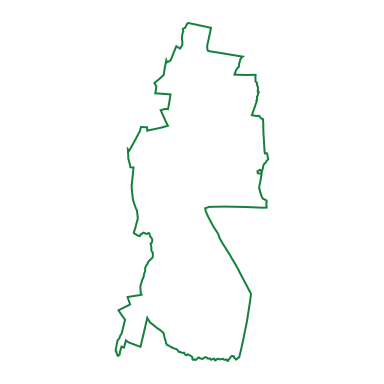 Moiben, Rift Valley, Kenya
{"feature_id": "3690345B75198444085036", "entity_name": "Moiben", "entity_type": "district", "adm_level": 2, "iso_a3": "KEN", "parent_name": "Kenya", "parent_adm1": "Rift Valley", "projection": "natural_earth1", "projection_center": [35.398, 0.724], "detail": "fine", "context": "isolated", "style": "outline", "palette": "green", "viewbox_px": 384, "rotation_deg": 0, "n_neighbors": 0, "source": "geoboundaries", "source_scale": "gbopen_adm2", "svg_char_len": 6012}
<svg xmlns="http://www.w3.org/2000/svg" viewBox="0 0 384 384"><path d="M239.2,357.3L240.8,350.7L243.1,340.4L247.0,321.0L250.0,301.6L250.1,301.0L251.0,293.8L248.9,289.9L246.5,285.2L240.9,274.7L237.3,267.6L235.2,264.0L232.3,259.2L229.7,254.6L222.3,242.9L219.8,238.6L218.9,235.8L217.7,233.1L213.1,226.1L207.9,216.2L206.4,212.7L206.1,212.1L205.9,211.4L205.6,210.6L205.2,208.3L209.1,206.9L212.8,206.8L223.9,206.6L231.8,206.7L245.3,207.0L262.5,207.7L264.7,207.7L265.4,207.6L266.6,207.6L266.6,206.5L266.3,204.8L266.4,202.9L266.7,201.7L266.7,201.2L266.5,200.6L266.1,200.2L263.0,198.7L262.5,198.2L262.2,197.6L261.4,195.8L260.5,192.8L260.2,192.1L260.0,190.4L259.7,189.9L259.2,188.8L259.1,187.9L259.7,184.3L260.1,182.9L260.4,180.8L261.4,175.3L261.6,173.8L257.8,173.2L257.5,172.0L257.4,171.4L258.6,170.6L259.9,169.8L260.6,170.5L261.8,171.9L263.0,167.6L263.2,166.5L263.3,165.9L263.6,165.0L264.0,164.2L264.6,163.5L265.8,162.5L266.3,161.3L266.9,160.6L267.6,159.9L268.3,159.0L267.8,157.4L267.3,154.5L267.1,153.9L266.7,153.1L264.9,153.5L264.6,151.9L264.0,141.8L263.4,132.3L263.3,128.7L263.3,124.0L263.1,121.2L262.9,119.0L262.0,118.7L261.2,118.5L260.6,117.8L259.5,116.3L259.0,115.8L256.0,116.0L255.1,115.7L251.9,115.2L252.6,113.1L253.0,111.8L253.7,110.2L254.5,107.7L255.1,106.1L255.5,104.6L256.3,102.7L256.5,102.1L256.7,101.4L256.3,100.9L256.7,100.2L257.0,99.6L257.0,98.9L257.0,98.2L257.1,97.6L256.9,96.7L257.4,96.2L257.6,95.4L258.0,94.7L258.2,94.0L258.1,93.4L258.2,92.7L258.8,92.3L258.4,91.7L257.7,91.5L257.6,90.9L257.9,90.1L258.0,89.4L258.0,88.7L258.0,88.0L257.8,87.3L257.8,86.4L256.9,85.1L256.8,84.4L257.1,83.7L257.0,82.8L256.5,82.3L255.6,81.6L255.4,81.0L255.5,80.4L255.4,77.6L255.4,76.3L255.6,75.7L255.7,75.0L255.2,74.8L246.5,75.0L239.1,74.8L234.5,74.7L234.6,73.9L235.4,72.3L235.5,71.4L236.0,70.3L237.4,68.1L237.9,67.6L238.6,67.2L238.9,66.3L239.2,65.4L239.0,64.5L239.0,63.9L239.2,63.2L239.8,61.9L240.0,60.7L240.3,59.5L240.7,58.7L241.3,58.0L242.1,57.1L242.7,56.6L238.0,55.9L230.9,54.7L226.0,53.9L222.5,53.3L208.1,51.0L207.4,49.5L207.1,46.0L208.1,41.6L208.5,39.8L209.8,33.7L211.0,27.9L205.3,26.6L199.1,25.3L194.6,24.3L192.0,23.8L189.4,23.2L188.0,23.0L187.5,23.5L186.9,24.3L186.2,25.4L186.0,26.1L185.5,26.9L185.1,27.9L184.4,28.1L183.9,28.3L182.8,29.0L183.1,30.6L183.3,31.7L182.5,33.5L182.3,34.1L182.3,34.9L182.3,35.5L182.0,36.2L181.9,36.9L182.1,37.6L181.9,38.4L182.1,39.1L182.1,40.1L182.2,41.0L182.4,42.0L182.4,42.6L182.3,43.6L182.4,44.4L182.2,45.0L181.3,46.7L180.0,48.6L176.3,46.2L170.5,60.6L167.1,62.3L166.7,61.2L166.3,60.2L164.7,68.1L163.7,75.0L158.0,80.1L154.4,83.0L156.4,86.5L156.0,89.5L155.3,93.3L170.5,94.4L169.3,102.3L168.0,109.1L164.7,109.0L160.7,110.2L164.7,119.1L167.4,124.8L167.9,125.8L161.0,127.7L150.2,130.0L147.2,130.6L147.1,127.3L141.0,127.0L139.9,131.1L136.3,137.9L130.7,148.1L129.7,149.8L129.1,150.7L127.9,149.3L128.3,156.6L128.2,157.5L128.3,158.4L129.8,164.2L130.4,167.3L133.5,167.5L131.6,186.4L131.7,187.8L131.9,190.3L132.3,193.7L132.5,195.0L132.6,196.9L133.0,200.0L133.4,201.0L133.7,202.0L134.2,203.5L134.8,205.2L135.8,208.2L136.1,208.9L136.6,209.6L136.9,210.6L137.5,214.9L137.7,216.9L137.8,218.0L137.6,219.1L137.2,220.9L136.7,222.4L135.7,226.6L135.3,228.1L134.7,229.9L133.9,232.1L133.8,233.0L134.3,233.5L135.7,234.2L137.9,235.6L138.5,235.9L139.1,235.9L139.7,236.1L140.2,235.7L140.7,234.3L141.3,234.1L142.1,233.7L142.6,233.1L143.4,232.6L144.0,232.7L145.8,233.8L147.3,233.8L147.7,233.4L148.4,233.1L148.9,233.1L149.4,233.5L150.0,236.0L150.3,236.5L151.2,237.6L151.7,238.3L152.0,239.0L152.2,239.6L152.3,240.2L152.2,240.8L152.0,241.8L151.8,242.7L150.6,243.7L150.6,244.3L150.9,244.9L151.4,247.7L151.3,249.2L151.3,250.2L151.6,251.1L152.1,251.8L152.6,252.4L152.9,253.2L152.8,254.9L152.8,256.7L152.6,257.4L152.2,257.9L150.3,259.7L149.2,260.9L148.7,261.3L148.2,262.0L147.8,262.9L147.6,263.6L147.3,264.1L146.0,265.8L145.8,266.4L145.2,268.1L145.1,269.0L145.2,270.0L145.2,270.7L145.0,271.6L144.3,273.2L143.8,275.6L143.1,278.3L142.6,279.0L142.3,279.6L142.0,280.4L141.7,282.1L141.5,282.7L140.9,284.3L140.7,284.9L140.5,285.9L140.4,286.7L140.4,287.7L140.5,289.8L140.6,291.8L140.9,293.4L141.2,294.3L141.5,294.7L139.9,295.1L137.2,295.5L127.6,297.0L128.1,298.7L129.5,302.5L130.1,304.5L119.1,309.9L118.5,310.3L121.3,314.5L125.1,319.8L124.2,323.1L122.9,328.5L121.8,333.2L121.0,334.4L120.2,335.7L119.4,338.0L118.8,339.0L118.1,339.7L117.5,340.6L117.3,341.6L116.7,344.4L116.4,346.6L116.1,347.4L115.7,350.5L115.9,351.4L116.5,351.8L116.5,352.8L116.8,353.6L117.2,354.1L117.3,354.8L117.6,355.7L118.2,355.9L118.8,355.3L119.1,354.9L119.7,354.4L119.9,352.0L120.8,349.1L121.5,346.6L124.0,347.6L125.9,340.4L128.4,342.3L132.9,344.0L140.4,346.8L141.3,343.4L147.3,317.9L148.1,319.3L149.9,322.3L153.9,325.4L156.6,327.7L160.2,330.1L162.6,332.1L163.7,333.3L164.0,335.3L164.9,338.9L165.6,340.9L166.0,343.2L167.1,345.0L168.4,345.4L169.1,345.7L169.6,346.2L170.0,346.6L171.5,347.0L171.8,347.6L172.7,347.7L173.5,348.1L174.1,348.6L174.7,348.7L176.0,348.9L176.7,349.3L177.3,350.0L178.0,350.7L178.4,351.2L179.0,352.0L180.3,351.9L180.7,352.2L181.3,352.6L182.4,352.9L182.9,352.8L183.4,352.8L184.1,352.7L184.5,353.6L185.3,354.7L186.1,355.1L186.7,355.3L187.1,354.7L187.8,354.3L188.6,354.7L189.9,355.4L190.3,355.6L191.0,356.0L191.5,356.3L192.4,357.2L192.3,358.4L192.4,359.2L193.0,359.8L193.7,359.7L194.5,359.3L195.3,360.0L195.8,359.9L196.9,358.8L198.7,357.4L199.3,357.7L199.7,358.2L202.3,359.0L202.8,358.7L203.4,358.2L205.2,357.2L206.0,357.1L206.7,357.6L207.3,358.3L207.8,358.6L208.7,358.6L209.5,358.5L210.1,358.5L210.4,359.3L211.3,359.8L212.1,359.3L212.9,358.9L213.7,358.6L214.3,358.8L214.6,359.8L215.2,360.5L215.8,360.3L216.3,359.5L217.2,358.9L217.9,358.7L219.2,359.3L220.8,359.2L221.6,359.1L223.1,358.8L223.6,359.3L224.3,359.8L225.0,359.8L225.7,359.6L226.3,359.5L226.8,359.8L227.2,360.6L227.6,361.0L228.2,360.6L228.4,359.9L229.2,359.0L229.8,358.4L230.7,357.0L231.3,356.3L232.0,356.0L232.6,356.0L233.2,356.3L233.8,356.4L233.6,357.0L235.6,358.9L235.8,359.5L236.5,359.4L237.3,358.6L238.0,357.9L239.2,357.3Z" fill="none" stroke="#15803d" stroke-width="2"/></svg>